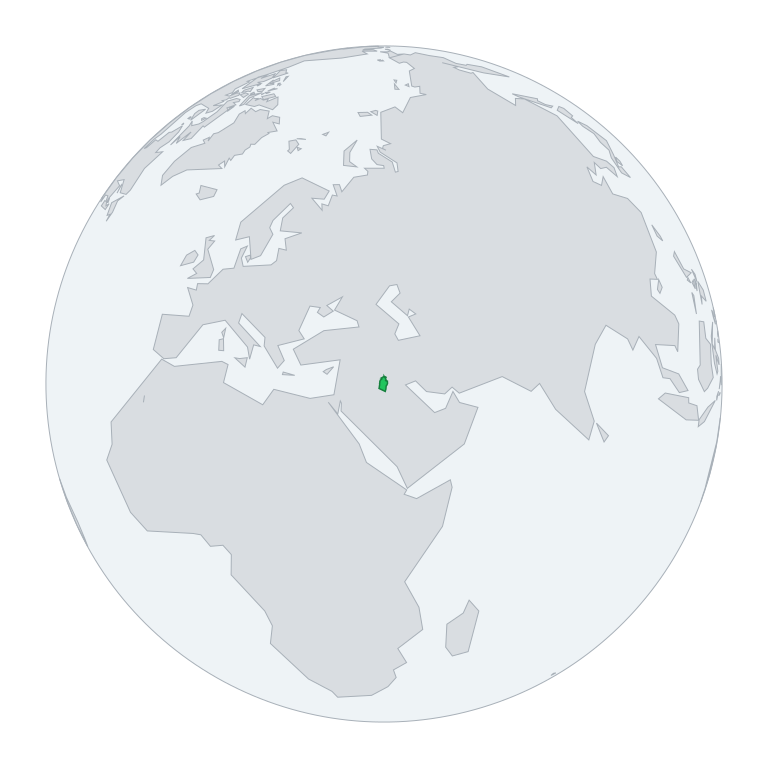 globe centered on An-Najaf, rotated 346°
{"feature_id": "IRQ-3061", "entity_name": "An-Najaf", "entity_type": "Province", "adm_level": 1, "iso_a3": "IRQ", "parent_name": "Iraq", "parent_adm1": "", "projection": "orthographic", "projection_center": [43.942, 31.079], "detail": "coarse", "context": "on_globe", "style": "filled", "palette": "green", "viewbox_px": 768, "rotation_deg": 346, "n_neighbors": 0, "source": "natural_earth", "source_scale": "10m", "svg_char_len": 11134}
<svg xmlns="http://www.w3.org/2000/svg" viewBox="0 0 768 768"><g transform="rotate(346 384 384)"><circle cx="384" cy="384" r="338" fill="#eef3f6" stroke="#a8b0b8"/><path d="M387.1,46.1L415.5,47.9L430.8,49.4L424.8,49.1L449.3,52.4L460.3,54.8L450.9,52.8L446.5,52.1L460.8,55.2L459.3,55.3L465.4,57.2L462.4,57.3L446.5,54.4L444.2,54.7L454.4,57.0L457.9,59.4L443.2,55.7L447.6,59.7L421.9,57.5L384.9,51.2L368.4,53.5L324.6,57.2L326.5,58.3L311.0,61.7L307.4,64.6L300.3,65.4L303.5,67.2L310.7,66.1L314.5,66.7L313.0,68.7L303.7,69.6L303.1,68.8L299.6,70.1L295.6,69.9L296.7,71.1L285.6,72.6L294.3,74.1L283.5,77.9L276.8,78.1L280.6,74.1L274.4,67.9L268.8,68.5L257.0,72.6L228.2,87.6L220.7,90.6L208.2,97.5L210.8,97.2L221.6,91.8L223.4,93.8L236.3,87.9L239.0,88.2L250.9,84.7L245.7,89.8L234.1,97.0L223.9,100.6L218.5,104.2L225.4,105.1L203.7,116.9L184.8,134.5L179.6,137.6L174.3,134.6L181.3,122.8L174.5,122.4L175.4,127.7L162.2,136.9L158.6,140.9L157.3,143.8L160.9,142.6L155.7,147.3L152.8,142.8L157.5,138.5L158.4,139.6L161.6,134.6L159.6,133.3L153.1,138.9L157.0,133.7L155.1,135.4L174.5,118.9L195.0,103.9L216.6,90.4L239.2,78.7L262.6,68.6L286.7,60.4L311.3,54.0L336.3,49.5L361.7,46.8L387.1,46.1ZM46.3,397.4L48.4,417.0L53.6,444.2L56.3,461.9L57.3,470.3L51.9,446.3L48.2,421.9L46.3,397.4ZM466.8,57.5L469.5,58.0L471.5,58.9L466.8,57.5ZM253.0,82.3L252.0,83.5L250.3,83.5L253.0,82.3ZM259.2,79.9L258.0,79.0L260.7,77.8L261.4,78.3L259.2,79.9ZM468.7,60.1L471.1,61.8L465.9,59.4L468.7,60.1ZM260.1,81.3L265.8,75.8L270.7,73.7L277.4,74.2L260.1,81.3ZM470.7,62.4L476.7,67.4L483.2,68.6L468.2,68.8L468.0,64.0L460.6,60.7L467.5,62.5L470.7,62.4ZM313.6,65.0L305.9,66.2L313.7,63.6L313.6,65.0ZM317.7,63.2L336.2,55.8L346.8,55.5L338.5,57.7L353.4,56.6L349.4,60.0L340.4,61.4L334.3,60.8L337.4,62.7L317.7,63.2ZM458.9,68.5L458.0,69.6L455.9,68.0L458.9,68.5ZM316.6,66.8L319.4,65.1L328.8,64.6L324.9,68.0L323.1,67.0L316.6,66.8ZM359.2,54.9L365.5,55.5L364.1,58.3L366.3,59.1L350.3,60.1L359.2,54.9ZM320.2,68.1L322.7,69.9L316.9,72.0L314.5,68.6L320.2,68.1ZM332.9,63.1L337.2,63.2L333.5,64.2L332.9,63.1ZM297.8,81.6L300.9,78.9L306.1,78.3L297.8,81.6ZM324.0,70.5L326.0,69.8L328.4,69.4L328.8,71.1L324.0,70.5ZM350.4,62.2L348.4,63.5L356.9,61.9L356.1,64.4L345.5,64.8L349.8,65.7L349.6,66.6L341.2,66.1L350.4,62.2ZM336.4,71.8L322.7,74.0L315.8,78.8L310.9,79.3L323.0,71.6L336.4,71.8ZM340.0,68.4L336.7,70.6L332.4,69.8L331.9,67.9L340.0,68.4ZM359.4,66.2L363.3,62.2L365.5,62.3L359.4,66.2ZM335.3,73.3L338.6,72.8L335.3,73.7L335.3,73.3ZM353.0,68.4L354.0,66.8L356.5,67.0L353.0,68.4ZM344.4,73.3L339.9,73.8L339.5,72.4L344.4,73.3ZM349.0,71.1L352.1,71.7L342.0,71.6L349.1,70.4L349.0,71.1ZM355.1,68.8L356.9,68.3L354.3,69.4L355.1,68.8ZM348.5,78.8L335.9,78.9L335.0,75.6L347.4,75.8L348.5,78.8ZM107.0,447.2L96.6,390.7L105.6,376.7L110.0,354.8L174.3,306.1L184.9,316.2L232.1,322.8L237.4,327.4L228.6,343.8L261.3,374.8L275.8,362.5L308.8,380.1L332.8,382.3L347.3,349.9L307.9,345.5L304.4,328.3L338.6,317.7L373.5,322.6L373.2,316.1L353.9,300.3L364.7,289.4L347.5,294.0L352.4,301.0L341.8,304.4L336.7,298.4L340.7,294.4L331.0,290.5L314.3,311.5L317.5,320.9L290.3,321.0L292.9,337.1L284.5,342.9L276.9,318.1L279.8,310.0L263.2,281.3L257.7,289.6L273.0,317.7L267.0,314.5L259.6,327.4L260.5,315.1L245.3,283.7L222.6,282.7L188.7,308.2L176.5,306.2L168.5,294.7L185.8,262.7L211.2,271.1L217.7,261.2L216.8,242.9L224.6,247.5L227.4,241.5L237.4,244.2L255.6,233.7L266.4,235.3L277.7,218.2L284.8,217.1L276.1,227.3L275.8,235.8L303.2,241.1L309.6,238.3L314.8,227.0L321.6,230.5L323.1,219.1L340.8,217.5L320.4,210.3L325.9,198.4L338.8,191.1L336.9,186.2L315.9,198.4L310.9,204.7L312.4,211.9L295.3,229.6L285.1,230.9L289.0,208.5L274.9,208.4L284.2,192.3L335.2,167.0L354.4,164.2L377.5,183.5L370.7,190.2L359.0,186.3L366.0,200.5L367.3,194.2L373.0,197.6L379.6,188.2L384.0,190.2L382.9,178.3L389.0,179.8L389.6,187.3L404.7,176.1L418.5,177.2L419.8,173.8L417.3,169.9L436.4,174.7L436.5,172.0L430.3,169.4L426.5,162.6L427.2,152.9L433.8,155.1L434.4,158.8L445.7,170.6L446.3,181.2L449.1,181.2L450.1,172.6L436.4,158.1L434.9,151.7L442.5,157.7L439.6,155.0L441.0,152.6L448.5,152.4L440.7,145.7L446.6,119.6L461.7,117.8L467.8,125.3L478.9,112.4L495.1,113.4L489.3,110.6L490.7,103.8L485.7,103.3L483.0,101.6L484.3,86.4L489.8,85.2L483.8,77.4L480.8,76.3L476.5,76.5L468.2,68.8L483.2,68.6L489.2,71.1L494.5,70.1L507.4,76.3L520.5,81.7L531.5,90.4L540.9,94.7L541.9,93.9L555.5,99.9L579.9,116.4L555.7,106.1L518.2,86.3L533.1,94.2L528.4,93.7L533.0,97.5L543.6,103.5L545.7,103.3L556.0,122.9L579.1,145.6L580.6,138.7L589.2,141.4L616.8,165.7L642.2,213.9L653.8,221.6L659.5,229.7L660.5,239.2L652.2,227.5L646.4,227.4L641.6,219.9L640.4,232.5L633.4,222.4L635.8,238.1L643.1,243.9L646.8,235.8L651.9,254.9L665.2,262.9L675.0,279.8L680.2,321.8L673.3,342.3L674.6,348.6L667.5,346.5L664.7,363.4L682.8,387.5L684.6,397.0L676.8,423.8L675.5,417.1L657.0,411.4L658.1,435.6L672.4,445.5L677.4,463.9L668.5,463.8L662.8,448.0L656.2,445.4L654.7,425.1L642.9,399.6L633.7,411.3L631.3,399.2L613.6,380.7L598.6,396.6L576.8,439.8L579.0,470.9L569.2,487.8L544.4,450.1L535.1,421.1L525.0,426.7L500.5,405.4L454.8,411.1L449.3,403.5L440.5,408.3L423.4,401.6L415.4,388.6L404.6,390.1L426.2,424.0L437.9,422.5L449.1,407.9L452.8,420.2L469.5,429.4L447.4,461.6L381.4,490.9L376.7,467.4L335.8,399.8L338.0,392.3L337.9,391.4L337.5,389.9L331.9,401.9L325.5,388.2L345.4,436.1L348.0,455.9L380.4,492.3L376.9,495.9L387.9,503.1L425.2,493.0L425.1,500.7L406.3,536.3L356.2,580.9L363.9,609.1L362.2,631.5L333.4,644.0L338.5,659.7L324.0,663.7L324.8,671.7L314.6,678.6L296.6,683.1L263.3,676.7L259.2,669.7L239.4,652.0L211.0,608.3L217.2,591.6L213.4,575.4L189.5,532.2L194.6,512.6L188.7,501.5L176.3,499.5L169.8,486.0L162.5,482.8L118.8,469.3L107.0,447.2ZM148.8,337.2L146.2,343.4L146.2,343.5L148.8,337.2ZM408.5,345.1L430.6,345.9L423.9,324.9L431.8,323.7L426.6,317.4L423.3,323.4L411.0,306.0L421.6,299.7L420.6,290.6L413.1,290.1L395.5,304.8L413.0,329.3L406.6,338.0L408.5,345.1ZM162.4,137.1L162.5,137.6L160.1,141.2L159.2,140.8L162.4,137.1ZM162.2,151.6L153.8,158.9L159.1,153.1L156.1,153.4L163.6,142.2L177.3,138.6L169.8,141.9L162.2,151.6ZM177.4,127.5L171.1,134.2L177.4,127.1L177.4,127.5ZM232.8,208.6L234.8,213.8L228.8,219.7L215.2,220.0L223.6,211.2L232.8,208.6ZM239.0,220.0L246.7,199.1L255.5,198.9L249.2,202.4L254.3,204.3L245.6,210.6L246.4,231.8L241.2,238.6L218.8,234.0L229.0,231.4L226.5,226.1L239.0,220.0ZM250.9,154.0L254.4,147.1L269.0,155.1L264.1,160.8L250.1,160.8L247.7,154.2L250.9,154.0ZM270.8,84.1L271.2,82.5L273.8,82.0L275.6,83.0L270.8,84.1ZM298.8,80.4L271.8,91.3L270.9,89.8L256.2,99.2L248.1,99.1L257.8,92.8L240.6,100.3L246.1,94.6L234.7,100.4L257.3,86.5L261.6,82.4L259.9,86.8L267.3,86.9L271.8,85.7L287.7,79.6L300.6,71.7L310.0,71.3L313.2,73.1L311.6,74.9L306.0,74.5L307.8,77.3L298.4,78.1L298.8,80.4ZM345.3,106.3L339.5,103.1L341.5,112.6L332.2,111.9L333.0,113.1L324.9,115.3L316.6,120.2L312.8,119.1L311.2,121.6L305.8,123.4L302.3,126.6L294.3,126.0L289.4,130.0L288.4,127.4L282.0,134.7L283.2,129.1L276.4,131.5L278.8,135.7L244.5,128.6L229.2,131.4L215.7,137.2L219.6,128.0L234.6,117.2L254.2,107.9L268.4,107.1L267.6,103.6L274.2,102.4L272.1,105.7L279.2,100.0L284.0,100.0L301.5,94.3L308.8,87.1L315.3,85.2L314.9,88.1L321.8,84.3L325.4,88.7L330.2,87.7L338.6,91.4L335.0,98.3L340.6,96.7L347.3,100.0L345.3,106.3ZM350.6,79.9L348.5,87.3L342.3,90.9L330.3,83.0L325.4,83.4L317.5,79.4L326.6,74.6L328.0,76.0L331.5,76.5L327.3,77.8L333.3,77.0L335.5,79.3L340.7,79.4L338.6,81.7L350.6,79.9ZM245.6,322.5L250.1,324.4L257.7,325.4L253.2,334.0L245.6,322.5ZM234.8,301.2L239.2,301.2L236.5,312.9L231.8,311.3L234.8,301.2ZM243.9,291.6L239.6,300.3L239.1,294.6L243.9,291.6ZM280.4,226.9L285.4,226.6L285.0,229.4L281.2,232.9L280.4,226.9ZM349.2,137.7L346.9,134.5L348.9,133.5L350.5,125.4L357.5,125.8L359.3,130.8L349.2,137.7ZM339.3,355.1L331.1,360.8L328.0,357.3L331.5,356.0L339.3,355.1ZM289.1,348.0L299.5,354.0L287.7,350.3L289.1,348.0ZM357.1,136.8L357.0,133.3L360.6,135.7L357.1,136.8ZM362.8,125.8L367.4,127.8L358.6,124.9L362.8,125.8ZM478.4,705.7L480.9,705.9L475.5,707.2L478.4,705.7ZM421.1,627.2L400.9,664.0L384.5,664.4L380.2,654.3L386.9,632.3L405.5,625.4L414.3,614.3L421.1,627.2ZM705.9,476.5L708.1,473.2L707.7,474.7L705.9,476.5ZM703.9,476.6L706.9,471.9L702.8,480.4L703.9,476.6ZM708.0,470.1L711.0,462.3L712.4,457.8L711.7,461.0L708.0,470.1ZM701.5,480.1L685.8,498.0L678.6,501.4L681.1,494.9L692.7,484.8L701.5,480.1ZM680.5,495.3L668.5,491.9L646.7,464.8L654.7,460.8L676.3,471.0L675.1,476.1L682.4,480.8L680.5,495.3ZM706.4,443.6L705.0,457.4L697.0,466.4L693.0,468.9L690.3,455.6L691.8,445.5L695.4,442.1L705.1,399.2L709.3,401.0L707.3,417.5L710.4,424.4L706.4,443.6ZM580.7,473.3L589.3,488.5L583.5,493.5L580.7,473.3ZM706.0,373.2L704.1,391.7L704.8,369.6L706.0,373.2ZM704.6,354.3L706.2,360.2L703.4,356.5L704.6,354.3ZM677.3,357.5L673.7,362.8L672.2,358.4L675.8,349.1L677.3,357.5ZM682.3,294.3L687.8,307.4L689.1,312.6L684.8,306.6L682.3,294.3ZM417.0,140.8L406.9,151.0L404.4,159.9L410.2,166.8L397.6,162.1L401.6,148.3L417.0,140.8ZM442.3,121.7L437.1,116.6L442.1,116.5L444.0,117.7L442.3,121.7ZM437.2,120.2L425.6,118.6L424.5,114.3L433.8,116.4L437.2,120.2ZM391.2,126.3L387.7,129.2L384.9,127.0L391.2,126.3ZM662.7,575.1L668.0,566.5L669.2,565.0L677.0,550.3L693.9,518.7L702.1,498.1L691.2,524.8L678.0,550.6L662.7,575.1ZM711.0,466.7L715.0,450.4L716.1,446.1L711.0,466.7ZM721.3,404.7L721.3,404.2L721.4,402.6L721.3,404.7ZM721.7,396.8L721.3,399.1L721.9,389.5L721.7,396.8ZM718.9,420.8L718.6,424.5L718.2,424.1L718.9,420.8ZM719.8,416.0L720.7,412.9L719.5,419.5L719.8,416.0ZM712.2,424.3L713.2,430.4L716.1,419.2L713.8,431.2L714.9,440.1L713.8,446.5L713.0,436.4L711.0,452.4L709.6,454.8L709.7,443.8L711.7,425.8L713.1,416.8L717.9,403.2L712.2,424.3ZM720.1,406.3L719.7,398.8L719.8,391.3L720.4,394.3L720.1,406.3ZM716.6,381.7L713.3,375.5L711.9,383.8L713.3,360.4L716.5,370.1L716.6,381.7ZM711.5,362.0L710.3,369.6L710.5,356.9L711.5,362.0ZM709.1,367.0L707.4,360.0L709.2,358.0L709.1,367.0ZM712.4,360.4L710.1,347.0L712.3,352.8L712.4,360.4ZM702.6,344.8L709.0,350.4L703.3,353.7L695.9,330.0L697.8,325.8L702.6,344.8ZM668.3,230.0L663.9,224.5L663.6,219.8L666.8,224.9L668.3,230.0ZM658.7,201.7L662.1,216.8L664.2,230.1L666.8,230.7L673.1,243.3L665.6,236.6L659.3,219.5L658.9,211.5L652.5,201.9L648.3,191.9L639.3,182.1L635.4,175.8L643.4,182.5L658.7,201.7ZM635.4,178.3L618.3,160.3L620.8,157.0L625.1,160.1L631.9,169.5L630.2,170.7L635.4,178.3ZM614.9,155.2L613.1,156.5L584.1,137.9L578.6,133.4L601.9,144.4L601.5,146.3L608.2,151.9L614.9,155.2ZM461.7,70.4L458.3,69.7L461.0,69.4L461.7,70.4ZM480.2,101.5L477.0,99.1L480.2,98.5L480.2,101.5ZM469.9,92.4L468.5,94.8L467.3,91.4L469.9,92.4ZM465.9,100.6L466.7,95.3L469.8,101.8L465.9,100.6Z" fill="#d9dde1" stroke="#a8b0b8" stroke-width="1"/><path d="M383.4,391.5L378.1,387.1L378.8,385.7L379.0,384.9L379.5,384.1L379.6,383.6L379.8,383.1L379.8,382.6L380.4,381.3L380.5,380.7L381.3,379.4L381.7,379.2L382.4,379.0L383.1,378.6L383.2,378.4L383.3,378.1L382.7,377.6L385.5,376.8L385.7,376.7L385.8,376.8L385.9,376.5L386.0,376.9L385.8,377.2L386.2,377.7L386.8,377.3L387.4,377.6L387.4,377.9L387.2,378.0L387.4,378.2L386.9,378.5L386.8,378.8L387.0,379.7L386.9,380.2L387.0,380.7L386.9,380.8L386.7,380.7L386.4,381.0L386.9,381.6L388.0,382.0L387.6,384.1L387.5,384.4L387.2,384.8L386.8,385.3L386.6,385.7L386.0,386.0L385.7,386.4L385.5,386.7L384.6,389.4L383.4,391.5Z" fill="#22c55e" stroke="#15803d" stroke-width="1.5"/></g></svg>